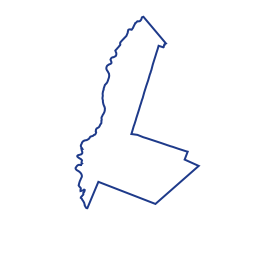 the district of Nicolás Ruíz, Chiapas, Mexico, rotated 140°
{"feature_id": "50627088B68724727080459", "entity_name": "Nicolás Ruíz", "entity_type": "district", "adm_level": 2, "iso_a3": "MEX", "parent_name": "Mexico", "parent_adm1": "Chiapas", "projection": "albers", "projection_center": [-92.605, 16.437], "detail": "fine", "context": "isolated", "style": "outline", "palette": "blue", "viewbox_px": 256, "rotation_deg": 140, "n_neighbors": 0, "source": "geoboundaries", "source_scale": "gbopen_adm2", "svg_char_len": 5694}
<svg xmlns="http://www.w3.org/2000/svg" viewBox="0 0 256 256"><g transform="rotate(140 128 128)"><path d="M155.8,52.2L98.2,53.5L104.9,67.4L97.5,71.5L98.5,72.9L100.0,75.3L102.9,79.9L105.9,84.9L107.2,86.8L108.4,88.8L108.8,89.4L109.5,90.6L112.2,95.1L114.0,98.0L120.5,108.5L121.1,109.4L122.2,111.1L125.2,116.7L125.3,116.8L128.0,119.8L129.3,121.2L128.7,121.6L128.0,122.0L126.2,123.2L122.3,125.8L120.7,126.7L116.6,129.3L115.5,130.1L112.0,132.3L107.1,135.4L106.4,135.9L105.3,136.6L104.6,137.1L102.3,138.5L101.4,139.1L99.9,140.1L98.6,140.9L97.8,141.3L93.6,144.2L92.9,144.7L89.3,147.0L86.8,148.6L82.0,151.5L76.8,155.0L75.0,156.0L74.2,156.6L72.8,157.4L68.2,160.7L64.3,163.2L60.2,165.8L59.3,166.4L57.6,167.5L54.7,169.3L51.7,171.3L49.1,167.1L48.9,167.1L48.5,167.1L48.1,167.6L47.6,167.9L47.1,168.3L46.7,168.1L46.3,168.2L46.0,168.7L45.4,168.7L44.6,168.4L44.7,203.3L46.0,203.8L46.6,203.6L47.2,203.1L48.6,202.4L49.2,202.4L49.8,202.2L50.3,202.3L50.7,202.5L51.1,202.7L51.4,203.0L51.7,203.2L52.2,203.7L52.9,203.7L53.4,203.6L54.0,203.5L54.3,203.5L55.1,203.7L55.9,203.2L56.8,202.9L59.4,201.7L60.0,201.4L60.6,201.3L61.3,201.1L61.8,200.9L62.3,201.1L62.6,201.6L63.0,202.3L64.1,202.9L64.6,203.0L65.5,202.4L65.9,202.2L66.0,202.0L66.6,201.5L67.1,201.1L67.6,200.8L68.3,200.5L68.8,200.2L69.4,199.9L70.2,199.5L71.0,199.5L71.8,199.3L72.6,199.4L73.2,199.2L74.1,199.1L74.9,199.1L75.8,198.9L76.6,198.9L77.4,198.7L78.9,198.5L80.0,197.5L80.3,196.8L80.9,196.5L82.1,196.4L83.3,196.1L84.5,196.0L85.3,195.8L86.4,195.7L87.9,195.5L88.4,194.3L88.7,193.1L89.4,192.1L90.4,191.3L91.3,191.0L92.0,191.2L92.5,191.3L93.1,191.4L93.8,191.6L94.4,192.1L95.2,192.3L96.3,192.2L97.5,191.6L98.2,189.4L98.8,188.5L99.9,188.3L101.3,188.7L102.0,189.0L102.5,188.9L102.8,189.0L103.2,189.1L103.9,189.1L104.4,188.9L104.6,188.8L105.1,188.6L105.9,188.0L106.5,187.3L106.8,186.6L106.9,186.2L107.0,185.8L107.1,185.2L107.1,184.6L107.1,184.2L107.3,183.7L107.4,183.2L107.5,182.7L107.6,182.1L107.7,181.7L108.0,181.3L108.2,181.0L108.5,180.6L108.7,180.2L109.1,179.8L109.5,179.5L109.8,179.2L110.2,178.9L110.7,178.6L111.2,178.3L111.7,178.0L112.5,177.5L112.9,177.2L113.2,177.1L113.7,176.8L114.1,176.6L114.5,176.4L115.4,176.1L115.8,176.0L116.2,176.1L116.8,175.9L117.3,175.9L118.1,175.8L118.6,175.4L119.3,175.1L119.8,174.7L120.5,174.3L121.2,173.9L121.7,173.4L121.9,173.1L122.4,172.9L122.7,172.6L123.3,172.3L123.8,172.0L124.2,171.6L124.7,171.2L125.1,170.9L125.5,170.4L126.2,169.5L126.5,169.0L126.8,168.7L127.4,168.2L127.7,167.9L128.3,167.4L128.6,167.0L129.1,166.1L129.4,165.5L129.6,165.1L130.0,164.7L130.2,164.4L130.6,163.9L130.8,163.4L131.1,162.9L131.4,162.3L131.7,161.7L131.9,161.0L132.2,160.3L132.2,159.8L132.4,159.3L132.6,158.8L132.8,158.6L133.0,158.0L133.3,157.6L133.7,157.3L134.0,156.9L134.3,156.5L134.8,156.2L135.0,156.0L135.5,155.6L135.9,155.4L136.3,155.2L136.8,155.0L137.4,154.7L137.7,154.6L138.6,154.4L139.0,154.2L139.4,154.0L139.9,153.8L140.4,153.5L140.8,153.4L141.3,153.2L141.8,152.8L142.0,152.5L142.3,152.1L142.5,151.7L142.7,151.4L143.0,151.1L143.3,150.9L143.6,150.8L143.7,150.6L144.0,150.3L144.5,149.7L144.9,149.3L145.2,149.0L145.4,148.8L145.7,148.7L146.1,148.6L146.6,148.6L147.0,148.5L147.3,148.3L147.7,148.1L148.0,147.9L148.8,147.7L149.1,147.5L149.6,147.4L150.0,147.4L150.4,147.4L150.8,147.5L151.3,147.6L151.8,147.7L152.3,147.8L152.6,147.7L152.8,147.6L153.2,147.5L153.5,147.4L153.9,147.1L154.1,146.9L154.2,146.7L154.4,146.6L154.7,146.2L155.0,146.0L155.0,145.5L155.1,145.3L155.2,145.1L155.4,145.0L155.9,144.7L156.3,144.5L156.7,144.3L157.3,144.2L157.9,144.2L158.3,144.5L158.7,144.6L159.0,144.6L159.3,144.5L159.8,144.5L160.2,144.6L160.7,144.8L161.0,145.0L161.4,145.1L161.8,145.3L162.2,145.5L162.7,145.4L163.0,145.4L163.4,145.3L163.7,145.2L164.2,145.0L164.7,144.9L165.2,144.9L165.6,144.9L166.0,145.0L166.4,145.1L167.2,145.2L167.6,145.4L168.2,145.7L168.4,145.9L168.8,146.1L169.3,146.3L169.7,146.4L169.7,146.5L170.0,146.6L170.6,146.6L171.0,146.7L171.3,146.7L171.6,146.6L172.0,146.5L172.5,146.4L172.8,146.3L173.0,146.1L173.3,145.9L173.7,145.7L174.1,145.6L174.5,145.4L174.8,145.2L175.1,145.1L175.3,144.9L175.6,144.7L175.8,144.4L175.9,144.1L176.1,143.6L176.2,143.3L176.3,142.9L176.2,142.4L176.4,141.5L176.4,141.4L177.1,141.9L177.5,141.1L177.9,140.4L178.1,139.8L178.3,139.3L178.6,138.8L179.0,138.3L179.3,138.1L179.8,138.0L180.0,137.9L180.4,137.9L180.7,137.9L180.8,138.0L181.0,138.0L181.3,138.2L181.6,138.3L182.0,138.4L182.4,138.6L182.9,138.9L183.4,139.1L183.9,139.3L184.6,139.3L185.1,138.9L185.2,138.3L185.0,137.2L184.7,136.1L184.4,135.2L184.1,134.6L184.1,134.1L184.0,133.5L184.0,133.0L184.1,132.7L184.3,132.6L184.7,132.3L185.1,132.0L185.4,131.7L185.8,131.4L186.0,131.2L186.1,130.9L186.1,130.7L186.0,130.3L186.5,130.3L186.8,130.3L187.1,130.2L187.3,130.2L187.7,129.9L187.8,129.8L188.1,130.0L188.6,130.7L189.1,131.1L189.5,131.5L189.9,131.6L190.7,131.8L191.6,131.7L192.4,131.5L193.2,131.3L193.8,131.1L194.3,130.5L194.4,129.5L194.3,128.6L194.0,127.7L193.6,126.7L193.3,125.3L193.2,124.1L193.3,122.9L193.6,121.9L193.9,121.3L194.4,120.6L195.1,120.1L196.3,119.6L197.7,118.9L198.5,118.5L199.0,118.3L201.0,117.0L202.0,116.2L202.6,115.9L202.8,115.4L202.8,114.7L202.9,113.9L202.8,113.3L202.8,112.5L203.1,111.9L203.7,111.5L204.5,110.8L204.9,110.2L202.6,109.1L201.3,109.1L201.2,109.0L201.0,108.3L201.6,107.8L202.5,107.3L203.1,107.1L203.9,107.1L204.2,106.8L204.4,106.4L204.8,105.9L205.6,105.6L206.4,105.6L207.0,105.4L207.7,105.4L208.1,105.3L208.7,105.2L209.1,104.8L208.9,104.3L208.9,103.5L209.0,102.9L209.2,102.3L209.2,101.9L209.2,101.4L209.3,100.8L209.4,100.4L209.5,99.6L209.7,98.8L210.1,98.0L210.3,97.6L210.5,97.0L211.0,96.4L211.1,95.5L211.2,95.1L211.3,94.6L211.4,93.7L211.2,93.2L210.7,92.7L185.3,105.8L166.8,72.2L155.8,52.2Z" fill="none" stroke="#1e3a8a" stroke-width="2"/></g></svg>